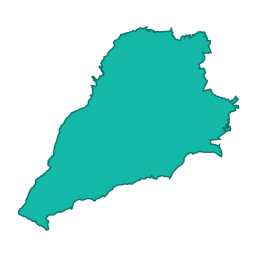 outline of Stoilesti, Vâlcea, Romania, rotated 179°
{"feature_id": "2599482B98117810707628", "entity_name": "Stoilesti", "entity_type": "district", "adm_level": 2, "iso_a3": "ROU", "parent_name": "Romania", "parent_adm1": "Vâlcea", "projection": "mercator", "projection_center": [24.361, 44.917], "detail": "fine", "context": "isolated", "style": "filled", "palette": "teal", "viewbox_px": 256, "rotation_deg": 179, "n_neighbors": 0, "source": "geoboundaries", "source_scale": "gbopen_adm2", "svg_char_len": 5802}
<svg xmlns="http://www.w3.org/2000/svg" viewBox="0 0 256 256"><g transform="rotate(179 128 128)"><path d="M163.9,160.4L164.1,158.8L166.0,157.0L167.2,155.2L167.3,152.9L167.9,151.8L170.0,150.2L171.0,149.0L175.5,147.9L178.5,146.2L184.1,144.2L187.3,140.0L189.5,138.6L191.8,134.6L192.0,133.4L194.4,132.0L196.6,127.8L196.7,126.3L196.4,124.7L198.2,121.2L198.4,119.6L201.6,110.9L202.5,106.2L202.6,102.8L202.9,101.8L203.4,101.3L204.5,101.4L205.5,99.6L208.4,96.7L208.4,96.1L207.5,95.5L208.6,94.4L208.5,93.7L208.7,92.5L205.7,90.0L207.3,88.7L207.9,87.4L210.0,86.2L211.3,84.6L213.6,83.1L213.8,82.8L213.6,82.1L216.1,81.3L217.7,79.6L219.1,79.3L221.1,77.6L221.4,76.3L221.2,75.7L221.8,73.0L222.8,72.1L223.8,70.5L225.1,69.8L226.5,67.9L228.5,64.0L228.9,62.1L229.7,61.0L229.7,60.3L231.0,58.2L231.3,55.4L231.7,54.4L233.7,52.4L235.5,50.0L236.8,49.3L238.7,46.8L238.9,45.9L238.4,43.4L236.1,42.9L234.7,41.6L234.1,41.8L231.5,40.8L229.3,39.0L226.6,37.9L225.2,36.5L223.3,36.2L223.0,37.1L221.5,34.9L219.2,32.6L218.2,31.9L216.7,32.0L214.2,30.3L212.8,29.3L212.4,28.5L211.2,27.3L209.1,28.3L210.3,34.0L209.2,34.6L209.0,36.2L211.5,38.3L211.0,40.2L210.5,40.4L210.4,41.3L209.9,41.2L207.6,42.7L204.6,42.3L203.1,42.9L202.9,43.5L202.0,43.7L200.2,45.1L195.8,45.3L189.4,48.5L186.7,49.0L186.2,48.8L186.1,48.0L185.7,48.0L185.2,48.8L185.4,49.5L185.1,49.7L185.4,50.4L184.9,50.5L183.6,54.5L180.3,57.1L179.1,57.1L177.7,57.6L175.0,56.6L169.6,58.3L166.6,57.9L164.4,57.1L163.9,56.0L162.4,55.8L161.1,57.5L158.3,58.3L155.2,59.9L154.7,61.0L153.0,59.8L152.2,60.0L149.7,62.6L148.5,64.6L146.2,66.2L144.8,66.6L143.7,68.6L141.3,70.4L138.7,71.4L136.5,71.3L132.2,72.1L130.9,72.2L129.7,71.8L127.3,72.4L125.5,71.8L124.4,72.2L124.0,72.9L122.7,73.2L120.1,75.1L117.0,75.7L116.4,76.7L114.5,77.1L111.7,76.9L110.2,78.4L109.4,78.3L109.0,78.7L107.0,77.7L105.8,78.0L105.8,79.4L105.1,79.3L105.0,79.8L104.1,79.1L103.9,77.4L100.9,76.6L100.1,76.5L100.0,77.3L99.2,78.3L96.2,79.6L94.1,79.8L92.6,79.0L90.5,79.0L87.6,78.2L87.2,76.9L85.2,79.9L84.3,82.5L79.0,88.1L74.9,90.8L72.7,93.6L72.4,97.0L70.9,99.1L69.1,100.8L65.6,102.4L64.6,102.3L63.6,100.9L62.6,101.5L59.7,102.1L57.3,103.4L51.1,102.3L48.1,102.6L46.1,102.2L43.1,102.6L40.3,101.4L36.6,98.5L34.9,97.9L34.7,101.5L36.0,105.4L37.3,107.3L36.9,109.5L38.0,108.5L41.4,109.9L45.6,110.5L46.0,114.5L36.1,115.3L38.1,117.0L28.3,123.7L25.8,123.6L25.3,125.2L26.1,128.1L26.6,128.0L27.8,126.6L30.9,125.5L31.2,124.6L31.5,124.7L31.3,124.0L32.0,124.1L32.2,124.6L32.4,124.5L32.3,125.2L31.9,125.4L32.5,126.2L33.5,125.6L33.0,126.3L33.1,126.7L32.5,126.9L31.5,126.2L30.8,126.3L29.9,127.2L27.7,128.1L27.7,129.3L29.5,128.7L29.9,129.5L27.5,130.6L27.6,130.9L28.3,131.0L27.9,131.5L26.7,131.6L26.7,132.2L27.2,132.7L27.2,133.7L28.2,133.5L28.3,133.8L28.2,134.6L26.6,134.5L27.0,136.3L26.8,139.2L27.2,140.0L27.0,141.0L25.7,141.5L24.6,142.7L23.2,142.7L20.4,143.6L20.4,146.1L19.0,146.5L17.5,145.8L17.1,146.1L17.3,148.4L20.6,148.8L21.8,147.9L23.2,150.3L20.0,151.7L17.3,154.9L19.1,156.6L19.6,157.7L20.1,157.2L20.3,156.4L21.3,155.8L22.1,154.0L22.8,153.8L22.9,154.1L23.4,154.1L24.3,153.3L24.9,152.0L27.8,155.1L28.8,154.3L30.5,155.9L32.9,156.1L33.5,156.7L35.1,156.8L36.8,157.7L38.5,157.9L38.8,158.4L39.7,158.5L40.2,159.4L42.4,160.4L43.5,161.7L43.7,163.4L44.7,165.3L52.5,163.6L50.6,168.4L49.3,170.4L49.6,170.9L48.5,171.8L47.8,173.4L51.3,178.0L50.9,178.6L51.3,179.4L51.1,180.6L49.9,181.4L49.5,182.2L50.7,184.8L50.4,185.0L51.4,186.4L55.2,185.9L56.0,186.3L55.0,187.5L56.1,190.4L51.5,193.3L50.0,196.6L50.2,198.3L51.2,200.1L51.9,202.2L50.6,201.5L48.6,201.8L45.7,201.5L43.6,202.0L46.2,208.8L44.5,210.7L44.1,213.9L45.1,214.1L46.2,213.7L47.0,214.1L47.3,216.7L48.1,217.7L49.5,218.1L48.2,218.6L49.8,222.5L50.8,222.4L51.0,222.0L51.5,222.1L51.6,222.6L53.8,222.3L54.0,223.0L56.6,222.5L57.3,221.3L59.1,220.9L59.4,219.8L59.9,219.8L60.0,219.4L60.3,219.4L60.3,220.1L61.8,219.9L62.2,218.2L63.9,217.2L65.2,217.1L65.2,217.9L64.4,218.3L63.9,219.1L64.0,220.0L64.9,219.9L65.2,219.2L65.6,219.1L66.5,219.5L68.1,219.1L68.2,219.6L69.1,218.8L69.1,218.2L70.1,218.4L70.1,217.8L70.7,218.8L71.6,219.0L73.2,218.0L73.5,215.8L73.8,215.7L74.0,214.5L78.1,215.6L80.4,217.6L80.3,218.3L80.7,218.7L80.7,219.1L81.9,219.4L82.1,221.0L81.8,221.3L81.6,222.6L82.2,222.6L82.8,226.9L83.2,226.9L83.2,225.0L85.0,224.0L92.9,223.7L95.3,223.2L95.5,223.8L95.9,223.9L98.0,223.8L98.2,223.4L99.1,223.6L99.3,223.2L99.7,223.9L100.4,223.6L100.3,224.3L101.1,224.3L101.4,224.7L101.3,225.1L102.9,225.8L105.4,225.8L105.5,225.2L106.1,225.2L105.4,224.3L106.3,224.5L106.8,226.0L107.3,226.3L108.2,226.0L108.7,227.2L107.5,228.2L107.3,228.6L107.6,228.7L109.1,227.7L112.3,227.0L113.8,228.0L113.9,227.4L115.4,227.2L117.3,226.0L117.8,226.1L118.7,224.8L119.9,224.5L120.4,225.1L121.3,225.0L123.6,223.9L124.7,224.0L125.1,223.3L127.4,223.1L127.5,222.5L129.3,222.7L130.2,222.1L130.3,221.6L130.8,221.9L133.5,221.5L134.0,220.3L134.8,219.5L136.0,217.1L139.6,215.6L140.9,214.1L140.4,212.6L139.9,212.3L140.1,211.7L139.8,210.4L142.1,207.7L144.7,205.6L146.6,203.4L147.0,202.7L147.0,201.7L147.6,200.6L150.7,199.5L150.8,197.1L151.4,196.5L152.3,196.2L153.8,193.1L152.9,191.2L152.6,189.4L152.9,188.6L154.7,190.2L155.2,190.1L155.1,189.6L155.6,189.5L155.3,188.7L153.7,187.4L153.7,185.8L153.5,185.5L152.4,185.6L152.6,185.0L152.0,184.4L151.2,184.6L152.0,183.9L151.3,183.4L151.4,182.8L151.8,182.5L150.8,182.0L151.7,182.0L151.6,181.7L152.2,181.5L152.2,180.8L155.1,180.5L156.3,178.0L158.1,176.3L160.3,178.2L160.6,179.2L161.3,179.9L161.7,180.1L162.1,179.6L162.7,180.1L163.1,179.5L161.6,178.1L161.6,177.1L161.2,176.7L161.2,176.2L160.2,175.6L160.0,174.7L159.1,174.7L158.8,173.8L159.0,172.7L158.7,171.1L159.5,170.2L160.1,170.1L161.2,170.6L163.7,171.1L162.9,168.6L162.9,167.2L162.5,167.0L162.4,165.6L162.6,164.8L162.4,164.3L162.8,163.2L162.7,161.8L163.0,161.3L164.4,161.6L165.0,161.4L164.9,160.8L163.9,160.4Z" fill="#14b8a6" stroke="#0f766e" stroke-width="1.5"/></g></svg>